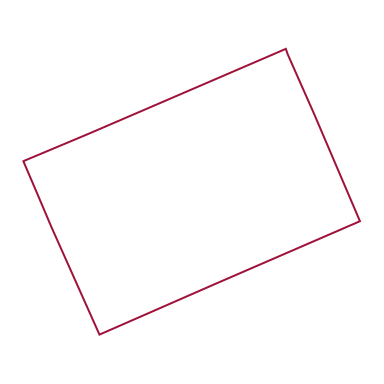 outline of Huntington, Indiana, United States of America, rotated 247°
{"feature_id": "52423323B21091538173967", "entity_name": "Huntington", "entity_type": "district", "adm_level": 2, "iso_a3": "USA", "parent_name": "United States of America", "parent_adm1": "Indiana", "projection": "albers", "projection_center": [-85.437, 40.829], "detail": "fine", "context": "isolated", "style": "outline", "palette": "rose", "viewbox_px": 384, "rotation_deg": 247, "n_neighbors": 0, "source": "geoboundaries", "source_scale": "gbopen_adm2", "svg_char_len": 302}
<svg xmlns="http://www.w3.org/2000/svg" viewBox="0 0 384 384"><g transform="rotate(247 192 192)"><path d="M286.0,120.5L286.3,51.4L286.2,48.8L250.3,48.9L214.6,48.9L96.9,51.1L98.3,176.2L99.5,335.2L216.6,334.9L281.3,333.9L287.1,334.3L286.0,120.5Z" fill="none" stroke="#9f1239" stroke-width="2"/></g></svg>